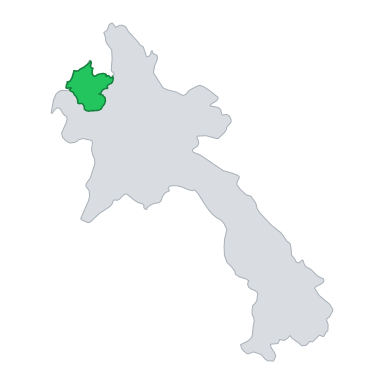 Louang Namtha highlighted on a map of Laos
{"feature_id": "LAO-3272", "entity_name": "Louang Namtha", "entity_type": "Province", "adm_level": 1, "iso_a3": "LAO", "parent_name": "Laos", "parent_adm1": "", "projection": "mercator", "projection_center": [101.159, 20.926], "detail": "fine", "context": "in_parent", "style": "filled", "palette": "green", "viewbox_px": 384, "rotation_deg": 0, "n_neighbors": 0, "source": "natural_earth", "source_scale": "10m", "svg_char_len": 5127}
<svg xmlns="http://www.w3.org/2000/svg" viewBox="0 0 384 384"><path d="M126.3,27.7L128.4,31.6L138.1,42.0L139.8,44.8L143.3,46.9L146.3,56.1L147.5,56.7L149.2,56.0L150.4,54.7L151.4,51.2L152.1,50.8L153.2,53.7L155.9,54.6L157.1,55.9L157.4,58.1L157.0,60.4L154.7,65.6L153.4,72.6L162.8,87.6L166.8,89.6L176.3,92.1L182.7,95.4L185.7,94.6L188.5,90.9L191.9,88.8L198.3,85.6L200.1,85.4L203.6,86.7L209.4,90.4L218.1,97.4L217.8,99.2L216.3,101.0L211.6,103.8L210.1,105.6L211.0,106.2L214.9,106.7L219.5,108.2L220.9,110.1L221.7,114.2L222.5,115.0L226.7,114.5L228.0,115.1L229.6,116.4L231.1,119.9L231.0,122.4L226.8,127.0L226.3,129.7L224.1,132.9L218.3,138.3L216.8,138.6L206.1,135.7L197.5,136.1L196.8,137.2L198.3,140.5L198.7,143.7L197.4,146.2L192.5,149.4L192.3,150.8L193.3,152.2L200.4,155.1L223.1,170.6L233.5,173.6L238.0,175.5L239.2,176.6L239.2,178.0L238.0,179.7L237.0,182.7L236.9,184.6L238.0,186.3L239.8,188.9L246.2,194.8L250.9,196.2L255.7,202.9L257.2,208.8L259.6,212.6L271.4,225.2L281.2,233.0L287.1,241.4L289.9,243.3L290.8,246.3L291.6,255.1L295.0,259.5L295.7,261.3L297.2,262.6L298.8,262.9L302.3,260.0L303.0,260.4L304.5,265.0L305.9,266.7L311.1,269.6L316.7,275.2L319.6,277.2L323.3,278.8L323.9,280.6L323.2,282.4L322.0,283.5L315.6,286.8L314.7,288.2L319.0,295.3L329.6,304.1L332.9,309.4L332.2,311.9L329.3,317.1L327.1,318.5L326.5,320.1L328.1,324.3L327.9,330.7L325.9,332.3L324.0,336.2L322.7,336.5L319.5,335.1L312.6,341.8L309.7,341.5L306.2,345.3L301.8,345.8L298.7,343.0L292.2,338.4L289.9,335.6L287.8,338.1L284.4,340.4L279.6,339.6L278.3,343.0L277.3,343.6L271.4,344.1L270.3,344.7L271.3,347.8L274.7,353.0L275.8,356.0L273.6,361.0L267.6,360.8L264.8,358.8L261.4,354.6L253.6,351.9L248.4,353.8L246.8,353.7L242.9,350.2L241.5,347.9L240.6,344.6L246.5,341.8L249.5,339.7L251.5,337.5L252.3,335.1L253.3,325.4L254.2,321.9L253.7,317.7L252.1,314.4L252.1,309.4L252.9,305.3L255.2,303.3L256.8,300.4L257.7,293.8L257.0,292.2L254.8,290.5L251.0,289.0L248.7,287.1L247.7,284.8L247.8,282.7L248.9,281.0L246.1,279.0L239.3,276.8L235.5,274.3L234.7,271.2L231.9,267.3L227.0,262.3L224.4,255.3L224.1,246.0L224.7,238.5L226.9,229.7L224.0,223.4L220.9,220.1L216.5,217.6L212.3,214.1L208.4,209.5L203.7,202.7L198.2,193.7L194.5,189.7L192.6,190.7L188.6,189.8L182.5,187.2L177.2,185.8L172.7,185.6L169.7,186.2L168.4,187.6L168.2,188.9L169.4,190.3L168.8,191.3L166.4,192.1L164.5,193.6L162.4,196.8L160.9,201.2L158.6,202.8L155.2,203.2L151.7,204.4L148.4,206.5L146.8,208.1L147.0,209.2L146.3,209.4L144.6,208.8L143.8,207.4L143.9,205.2L142.2,203.6L138.7,202.9L134.7,200.5L127.1,194.3L125.3,194.0L122.8,195.6L119.6,199.1L116.9,200.4L114.8,199.7L113.1,201.0L112.0,204.1L109.9,206.6L99.6,213.3L90.4,221.9L88.1,222.7L82.5,220.3L80.7,218.6L88.4,201.0L89.5,196.7L89.3,191.0L86.0,186.3L85.9,184.9L86.4,183.4L90.3,177.9L94.9,163.7L94.6,159.3L92.6,154.5L91.5,149.9L92.4,143.6L92.1,141.1L89.9,139.9L82.9,138.6L78.8,139.7L76.9,141.4L74.6,142.5L70.1,143.0L66.0,140.9L62.5,137.3L61.6,132.9L66.0,123.3L67.1,119.6L66.9,117.9L66.2,116.1L65.1,115.8L62.9,113.6L60.7,109.6L58.6,107.8L56.7,108.1L54.9,109.6L52.0,113.4L51.1,112.9L53.6,99.7L56.1,94.0L58.9,91.4L62.0,90.3L65.2,90.7L67.9,90.2L70.0,88.9L69.9,88.1L67.3,87.9L66.3,86.4L66.8,83.5L67.9,81.7L69.7,80.9L71.4,78.0L73.0,73.2L75.0,70.7L77.4,70.6L81.4,68.6L87.2,64.4L89.3,60.5L91.5,62.3L90.7,66.9L91.8,67.9L92.4,69.5L92.1,72.1L92.5,74.3L93.4,75.3L94.7,75.9L100.7,74.0L104.4,73.9L110.5,77.2L114.1,74.7L114.1,73.8L111.2,70.6L112.1,58.9L111.7,50.0L106.7,43.5L105.7,40.8L105.2,36.5L103.8,32.8L107.3,29.8L109.3,24.4L111.8,23.0L112.6,23.2L115.6,27.4L119.5,25.3L122.5,25.3L125.0,26.4L126.3,27.7Z" fill="#d9dde1" stroke="#a8b0b8" stroke-width="1"/><path d="M90.1,61.1L90.7,61.1L91.1,61.8L91.2,62.9L90.4,66.2L90.6,67.1L90.8,67.3L91.9,67.9L92.6,68.4L92.8,68.3L92.9,68.7L92.5,69.8L91.9,70.6L92.0,70.9L92.3,71.2L92.4,71.4L92.3,71.9L92.0,73.4L92.4,73.9L92.9,75.0L93.3,75.5L93.9,76.0L94.4,76.3L95.1,76.2L95.9,75.8L97.7,74.6L98.4,74.3L102.7,73.5L103.5,73.5L104.3,73.7L105.6,74.1L105.8,74.1L106.0,74.2L106.1,74.7L106.1,75.1L105.9,75.4L105.7,75.8L105.9,76.2L106.5,76.3L107.9,75.6L108.6,75.7L109.2,76.1L109.9,77.4L110.5,77.8L111.0,77.9L111.7,77.7L112.4,77.5L112.8,77.2L112.9,76.8L113.3,77.6L112.9,80.6L112.3,82.1L111.5,83.3L110.0,83.8L108.6,84.6L107.3,85.7L107.2,87.2L107.7,87.8L107.5,88.4L105.8,88.4L105.3,88.7L103.8,89.1L102.1,90.6L100.8,93.3L99.4,94.0L103.0,95.2L103.4,96.2L104.8,97.3L105.1,97.9L105.4,101.1L104.4,104.2L103.8,105.0L103.1,105.7L102.4,106.6L101.2,109.0L98.2,110.4L94.5,110.6L92.7,110.5L92.7,110.9L91.5,110.6L88.9,111.2L86.6,110.7L85.8,110.3L84.4,109.2L84.3,108.2L84.3,106.9L83.7,105.4L82.9,104.2L81.8,103.4L79.1,103.7L77.9,103.2L77.6,101.2L77.6,99.5L76.6,97.7L76.3,96.8L75.7,96.0L74.9,95.3L74.2,94.6L73.6,92.8L72.2,91.7L70.5,91.1L69.5,89.7L70.2,89.1L71.1,88.2L71.1,87.9L70.1,87.7L66.7,88.3L66.0,87.8L66.1,87.0L66.5,85.4L66.5,84.5L66.7,84.3L67.4,83.8L67.6,83.6L67.5,83.2L67.1,82.1L67.8,81.8L69.4,81.5L70.1,81.1L70.6,80.5L72.5,76.9L73.7,72.0L73.8,71.5L73.8,71.1L73.9,70.7L74.4,70.6L74.7,70.6L75.0,70.7L75.4,70.8L75.6,71.0L76.4,71.3L77.2,71.2L78.6,70.6L79.0,70.3L80.3,69.0L80.8,68.8L84.3,67.0L89.5,62.6L90.0,62.4L90.2,61.8L90.1,61.1Z" fill="#22c55e" stroke="#15803d" stroke-width="1.5"/></svg>